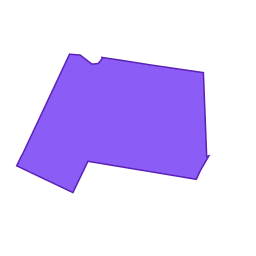 Liberty, Texas, United States of America (Natural Earth projection), rotated 116°
{"feature_id": "52423323B64688263814776", "entity_name": "Liberty", "entity_type": "district", "adm_level": 2, "iso_a3": "USA", "parent_name": "United States of America", "parent_adm1": "Texas", "projection": "natural_earth1", "projection_center": [-94.842, 30.189], "detail": "fine", "context": "isolated", "style": "filled", "palette": "violet", "viewbox_px": 256, "rotation_deg": 116, "n_neighbors": 0, "source": "geoboundaries", "source_scale": "gbopen_adm2", "svg_char_len": 384}
<svg xmlns="http://www.w3.org/2000/svg" viewBox="0 0 256 256"><g transform="rotate(116 128 128)"><path d="M87.3,212.9L197.6,211.3L199.7,211.5L210.8,211.5L210.2,149.2L175.5,149.4L144.2,44.1L134.0,44.3L117.6,43.1L119.1,44.8L45.2,84.5L61.0,134.0L70.1,163.7L76.0,182.4L76.9,181.6L83.1,183.0L86.4,188.4L83.4,203.0L87.3,212.9Z" fill="#8b5cf6" stroke="#5b21b6" stroke-width="1.5"/></g></svg>